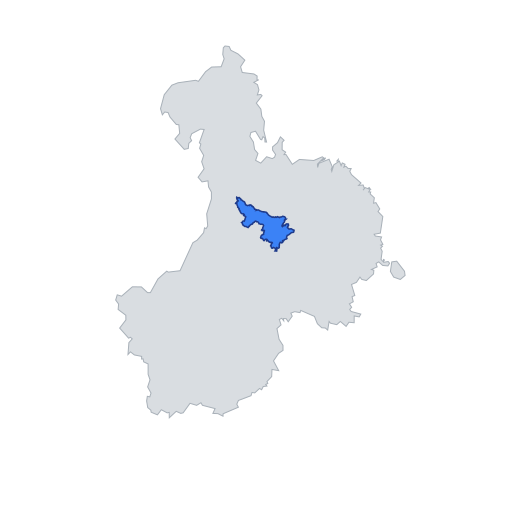 location of Shaanxi within China, rotated 292°
{"feature_id": "CHN-1804", "entity_name": "Shaanxi", "entity_type": "Province", "adm_level": 1, "iso_a3": "CHN", "parent_name": "China", "parent_adm1": "", "projection": "equal_earth", "projection_center": [108.8, 35.643], "detail": "fine", "context": "in_parent", "style": "filled", "palette": "blue", "viewbox_px": 512, "rotation_deg": 292, "n_neighbors": 0, "source": "natural_earth", "source_scale": "10m", "svg_char_len": 9429}
<svg xmlns="http://www.w3.org/2000/svg" viewBox="0 0 512 512"><g transform="rotate(292 256 256)"><path d="M283.4,371.7L274.6,367.5L273.9,362.8L275.4,360.3L269.2,359.0L265.4,355.2L256.4,362.4L254.3,360.3L250.0,363.3L246.6,360.5L244.3,363.9L241.5,362.9L240.2,365.0L241.4,374.9L238.2,374.5L237.2,369.5L230.9,372.0L229.4,367.0L224.5,365.9L226.9,358.7L222.6,356.6L221.6,350.2L222.7,348.3L214.2,350.2L215.2,347.3L214.1,343.8L216.2,338.3L221.9,332.8L222.3,317.8L220.0,318.0L218.9,312.8L216.1,309.7L213.8,312.1L207.1,310.5L209.2,307.4L208.3,304.9L206.3,306.0L207.9,303.2L205.9,301.4L201.5,305.0L196.6,302.6L187.4,308.6L183.2,314.5L178.6,316.4L174.2,313.4L165.3,311.5L158.2,320.0L156.8,313.3L150.1,315.7L143.7,313.2L142.2,314.7L140.6,313.1L139.5,314.8L137.7,311.6L134.1,311.3L134.5,308.9L128.6,306.1L128.0,303.4L124.6,303.7L115.5,293.8L111.4,293.7L109.2,296.3L97.4,284.6L95.1,285.4L95.6,279.8L93.9,275.0L99.2,275.2L97.5,262.3L99.3,259.9L95.3,256.9L94.7,250.0L83.3,247.2L81.9,245.2L82.1,240.2L73.5,236.2L78.5,234.1L77.3,232.4L78.0,225.8L71.8,224.1L71.9,217.3L73.7,216.2L74.9,212.4L80.6,208.9L85.2,207.8L85.6,210.3L89.6,210.0L94.0,204.6L101.5,204.1L105.9,200.3L115.5,196.4L115.8,191.5L118.3,189.9L117.6,188.5L120.1,187.6L118.7,180.3L120.1,175.5L116.7,174.2L128.1,170.6L132.8,172.3L133.6,170.0L132.1,168.7L138.1,156.6L148.0,159.3L152.3,157.5L154.8,148.2L160.0,146.6L162.6,142.4L168.0,141.9L168.4,146.4L181.1,152.9L184.4,161.3L181.4,169.2L182.5,171.8L198.0,173.7L208.5,178.9L208.2,180.7L213.9,191.1L244.7,192.5L248.6,195.5L258.0,198.7L262.8,197.7L262.7,199.5L265.7,200.0L276.6,194.5L292.2,193.3L298.6,190.7L302.2,186.2L307.7,183.3L304.5,178.2L307.3,172.8L317.4,175.2L323.1,170.3L329.7,169.8L334.7,163.4L339.2,162.9L339.7,161.1L353.9,160.5L352.8,156.9L345.3,150.6L341.1,150.6L338.8,153.1L335.3,151.5L330.3,152.9L328.0,149.5L334.1,137.0L341.1,139.3L348.8,135.3L348.1,132.8L352.6,124.2L356.1,120.7L355.3,117.4L351.8,116.3L356.8,112.3L371.2,110.5L382.9,114.0L387.4,118.8L396.3,134.2L396.4,137.2L408.0,140.2L414.6,144.1L418.4,152.8L426.9,152.6L430.4,149.7L436.8,147.7L439.1,148.6L440.2,152.6L437.3,155.7L436.6,163.7L433.4,172.3L425.7,170.8L421.0,174.5L424.0,185.9L423.3,189.6L419.6,191.0L420.4,192.5L416.2,188.9L415.4,193.2L411.1,196.5L405.8,196.9L407.6,199.9L406.9,201.6L397.9,199.0L394.0,205.5L387.6,209.1L384.1,213.4L375.5,216.0L365.6,223.1L365.1,221.6L368.6,220.0L369.3,217.8L365.9,217.8L365.8,216.5L371.5,208.8L368.6,205.0L364.6,205.5L360.7,210.9L354.2,214.8L351.8,219.4L344.5,219.8L343.9,225.6L352.0,228.7L352.4,234.6L354.5,236.2L357.5,236.1L360.4,231.7L363.4,230.5L369.1,233.5L375.6,234.0L373.8,238.7L371.2,237.7L364.3,240.4L363.4,244.6L360.5,244.0L361.3,245.8L354.6,255.3L361.8,260.1L366.2,273.8L372.8,280.3L372.4,282.0L364.2,278.5L361.2,280.0L365.5,279.6L373.1,287.5L367.3,293.3L364.4,293.3L362.8,294.6L369.7,294.0L375.2,297.8L371.6,301.1L374.6,301.1L374.4,304.2L371.3,304.2L372.9,305.7L371.7,308.5L372.7,311.5L369.7,311.2L367.2,314.0L363.0,326.0L359.9,324.7L362.0,328.7L359.3,331.2L357.1,330.6L360.3,331.6L360.5,337.0L357.6,336.5L358.3,338.4L356.3,338.6L354.3,343.9L349.0,345.2L350.4,347.2L346.0,353.1L342.9,352.5L340.1,358.8L323.8,362.7L320.4,357.4L319.2,359.1L320.7,365.3L317.6,365.4L314.3,369.3L312.8,367.5L312.4,369.6L310.0,368.6L307.7,371.2L299.7,373.2L298.0,376.8L300.4,380.6L299.3,382.6L296.2,382.0L294.7,377.0L296.5,372.0L294.1,370.1L291.3,372.4L286.8,368.1L286.9,370.6L283.4,371.7ZM301.4,384.1L303.9,388.4L297.5,399.4L293.8,401.5L288.3,398.6L288.0,391.6L292.0,386.4L301.4,384.1ZM373.1,283.8L370.9,283.3L368.8,281.1L370.5,281.5L373.1,283.8ZM376.4,296.1L374.8,296.5L374.4,295.4L376.4,296.1ZM361.9,335.3L361.0,336.7L361.1,334.8L361.9,335.3ZM298.9,376.3L300.5,375.5L300.4,376.6L298.9,376.3Z" fill="#d9dde1" stroke="#a8b0b8" stroke-width="1"/><path d="M292.4,282.0L292.0,281.8L291.8,281.6L291.4,280.8L291.0,280.2L290.6,279.9L288.9,279.0L288.5,278.7L288.0,278.5L287.5,278.0L287.1,277.7L286.9,277.4L286.8,277.2L286.1,277.2L285.7,277.3L285.4,277.2L285.0,277.4L284.8,277.4L284.2,277.5L283.9,277.7L283.8,278.2L283.7,278.2L282.8,277.5L282.4,276.8L281.9,276.5L281.6,276.1L281.4,276.0L280.9,276.1L280.3,275.9L280.3,275.7L280.2,274.9L279.8,274.9L279.1,275.6L278.9,275.6L278.7,275.6L277.8,275.0L278.0,274.3L278.0,273.8L277.9,273.6L277.7,273.3L276.4,273.3L275.6,273.1L275.0,273.6L274.3,273.7L273.8,273.9L273.4,273.9L272.8,274.3L272.4,274.4L271.7,273.9L271.4,273.4L271.3,272.9L271.6,272.3L271.6,272.0L271.2,272.0L270.2,272.2L270.0,272.4L269.7,273.0L269.2,272.9L268.5,273.4L268.3,273.4L268.2,273.2L268.1,272.6L267.8,271.7L268.9,271.9L269.3,271.7L269.7,271.3L270.2,271.2L270.3,271.0L270.4,270.6L270.4,269.6L270.5,269.0L270.4,268.9L270.0,268.8L269.4,268.4L269.3,268.1L269.2,267.7L269.3,267.5L269.7,267.5L269.8,267.4L270.0,266.7L270.8,266.2L271.0,266.0L271.0,265.7L271.6,265.7L271.8,266.0L272.1,266.1L272.9,265.7L273.3,265.8L273.6,265.7L273.8,265.8L274.0,266.1L274.2,266.3L274.5,266.1L274.6,265.8L274.6,265.6L274.6,265.4L274.1,264.9L274.0,264.0L274.2,263.6L273.9,263.4L273.8,263.1L274.3,262.1L274.4,261.4L274.7,261.4L274.8,261.3L274.6,260.4L274.3,260.2L274.6,260.1L275.3,260.3L275.4,260.2L275.5,260.0L275.4,259.2L275.1,258.9L275.0,258.6L274.9,258.4L274.5,258.3L274.2,258.0L273.5,258.0L273.2,257.7L273.3,257.3L273.5,257.1L273.8,256.5L274.2,256.3L274.4,255.8L274.6,255.5L274.7,255.2L274.3,254.6L274.4,254.1L274.3,253.9L274.9,253.3L275.2,253.4L276.1,253.2L277.0,253.3L277.2,253.5L277.9,253.7L278.1,254.2L278.5,254.5L278.9,254.9L279.2,254.7L279.3,254.6L279.5,254.5L279.8,254.6L280.2,254.5L280.7,254.6L281.1,254.3L282.1,254.4L282.8,254.2L282.8,253.8L282.3,253.3L281.8,252.2L282.2,251.9L282.2,251.7L282.2,251.4L282.5,251.4L283.0,251.7L283.5,251.8L283.7,252.1L284.8,251.6L285.2,251.6L285.6,251.8L286.1,251.7L286.7,251.7L287.0,251.7L287.8,250.8L287.7,249.4L287.3,248.9L287.1,248.3L287.2,247.3L287.0,246.7L287.5,246.3L287.7,246.0L288.0,245.8L288.1,245.6L288.3,244.5L288.2,244.2L288.0,243.8L287.9,243.6L288.3,243.0L288.3,242.7L287.8,242.1L287.2,241.8L286.6,241.8L286.4,241.6L286.1,241.1L285.5,240.9L285.3,240.7L285.2,240.7L284.9,240.9L284.2,240.7L284.1,240.2L283.6,240.0L283.2,239.4L282.3,239.0L282.0,238.8L281.5,238.8L281.1,238.7L280.9,238.6L281.0,238.4L280.8,238.2L280.4,238.3L279.4,238.0L279.5,237.4L279.4,237.0L279.7,236.0L279.5,235.2L279.2,234.8L279.4,233.8L279.7,233.0L279.6,232.6L280.6,231.6L280.7,231.2L280.8,231.1L281.5,231.0L281.7,230.9L281.8,230.6L281.8,230.3L282.1,230.5L283.2,230.7L283.5,230.9L283.9,231.5L284.0,231.7L283.9,232.0L284.2,232.1L285.4,232.0L286.0,232.1L287.0,231.8L288.0,231.9L288.6,231.8L288.7,231.6L288.8,230.9L288.8,229.9L288.9,229.6L289.1,229.2L289.4,229.2L289.7,229.8L289.8,229.8L290.2,229.2L290.4,228.5L290.4,228.3L290.0,227.7L289.9,227.3L290.0,226.8L290.1,226.3L290.3,226.0L290.4,225.6L291.1,225.0L291.2,224.6L291.3,224.5L292.1,224.0L292.1,223.6L292.5,223.4L292.7,222.9L293.0,222.6L293.3,222.6L293.6,222.6L293.7,222.1L294.1,221.7L294.3,220.8L295.2,220.5L295.4,220.1L296.1,219.4L297.4,218.6L297.4,218.3L297.0,217.6L297.0,217.4L297.7,217.4L298.0,218.0L298.5,218.3L298.9,218.0L299.5,217.9L299.7,218.1L300.1,218.7L300.3,218.9L300.6,218.8L300.8,218.2L301.5,217.1L301.9,216.8L302.4,216.6L302.6,216.3L302.9,216.4L303.3,216.2L303.3,216.3L303.2,216.6L302.8,217.5L303.2,217.8L303.4,218.0L303.5,217.9L303.7,218.2L303.9,218.4L303.9,218.5L303.5,219.5L303.3,220.4L303.1,220.6L302.5,220.9L302.4,221.1L302.6,221.7L302.4,222.4L301.8,224.0L302.0,224.3L301.9,224.7L301.8,225.0L301.7,225.3L301.2,225.6L301.0,226.0L300.8,226.2L300.5,226.5L300.0,226.7L299.9,227.2L299.6,227.4L299.5,227.7L299.6,227.9L299.5,228.3L299.6,229.5L300.0,229.7L300.5,230.6L301.0,231.0L301.0,231.3L300.8,231.4L301.3,231.7L301.4,231.9L301.2,232.1L301.3,232.7L301.2,232.9L301.0,233.5L300.8,233.7L300.5,233.7L300.4,233.9L300.4,234.2L300.7,234.4L300.6,235.0L300.4,235.3L299.8,236.0L299.6,236.5L299.4,236.7L299.3,236.9L299.1,237.0L298.8,237.2L298.8,237.4L299.1,237.6L298.9,238.1L299.0,238.6L299.1,238.9L298.9,239.1L299.1,239.4L299.1,239.5L299.1,239.9L298.9,239.8L299.5,240.7L299.6,241.3L299.3,242.7L299.4,243.4L299.3,244.1L299.3,244.5L299.6,245.8L299.7,246.6L299.9,246.6L300.0,246.9L300.1,248.0L300.4,248.7L300.4,249.0L300.3,249.4L300.0,249.7L300.1,249.9L300.0,250.3L299.6,250.6L299.2,251.5L298.9,251.9L298.6,252.3L298.5,253.2L298.2,254.5L298.3,255.0L298.0,255.7L298.1,256.8L298.2,257.1L298.4,257.2L298.7,257.2L298.7,258.1L298.6,258.4L298.7,258.7L298.9,259.0L299.4,259.2L299.6,259.4L299.6,259.7L299.3,259.9L299.3,260.2L299.6,260.6L300.5,261.1L300.3,262.0L300.5,262.1L300.7,262.7L300.4,263.3L300.5,263.6L301.0,263.8L301.3,264.1L301.6,264.5L301.6,264.8L301.7,265.0L302.2,265.4L302.8,265.8L303.0,266.7L302.9,267.2L303.1,267.7L302.8,268.6L302.6,268.8L302.4,269.1L301.8,269.2L301.7,269.5L301.3,269.8L301.4,270.1L301.2,270.0L300.8,269.7L300.5,269.6L300.2,268.9L299.8,268.9L299.4,269.4L298.1,269.6L297.8,269.5L297.3,269.1L296.3,269.1L295.8,268.8L295.0,268.9L294.4,268.7L294.1,268.9L293.6,268.8L293.2,269.3L293.1,269.5L293.5,269.7L293.9,270.0L294.4,269.9L295.0,270.2L295.2,270.4L295.2,270.6L295.1,271.2L294.9,271.5L295.2,271.7L295.6,271.8L295.8,271.6L296.0,271.6L296.2,271.8L296.6,271.8L297.2,272.3L297.5,273.0L297.6,273.7L297.7,274.0L297.1,274.2L297.0,274.3L297.0,274.5L296.7,274.7L296.3,274.5L295.8,274.4L295.4,274.6L295.1,274.3L294.7,274.4L294.4,274.3L294.2,274.7L293.9,274.8L293.8,276.0L293.4,276.3L293.3,276.5L293.7,277.4L294.1,277.7L294.3,278.4L294.5,278.8L294.1,280.0L294.2,281.0L293.9,281.5L294.0,281.7L292.4,282.0Z" fill="#3b82f6" stroke="#1e3a8a" stroke-width="1.5"/></g></svg>